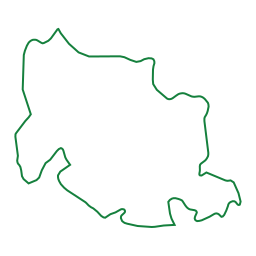 Carabobo, Mercator projection
{"feature_id": "VEN-33", "entity_name": "Carabobo", "entity_type": "State", "adm_level": 1, "iso_a3": "VEN", "parent_name": "Venezuela", "parent_adm1": "", "projection": "mercator", "projection_center": [-67.927, 10.207], "detail": "fine", "context": "isolated", "style": "outline", "palette": "green", "viewbox_px": 256, "rotation_deg": 0, "n_neighbors": 0, "source": "natural_earth", "source_scale": "10m", "svg_char_len": 2553}
<svg xmlns="http://www.w3.org/2000/svg" viewBox="0 0 256 256"><path d="M58.4,29.0L60.8,33.3L69.0,43.8L78.6,52.4L89.1,56.5L120.0,56.3L124.4,57.2L130.3,59.9L136.3,61.9L140.6,61.1L144.2,59.2L148.5,58.2L151.6,58.4L153.4,59.3L154.3,61.2L154.4,63.2L153.5,66.2L153.0,69.6L152.8,79.7L153.2,84.1L156.8,89.8L167.1,98.6L168.3,99.1L169.6,99.2L170.9,99.0L172.1,98.5L173.2,97.8L176.2,95.6L178.3,94.2L179.5,93.7L180.9,93.4L182.4,93.2L184.0,93.3L185.4,93.7L191.5,96.4L193.0,96.7L194.5,96.8L198.9,96.3L200.3,96.4L201.6,96.8L202.8,97.4L203.9,98.2L205.0,99.2L207.9,102.8L208.4,104.4L208.6,106.6L207.7,110.9L207.0,113.1L206.2,114.8L204.7,117.3L204.4,118.5L204.4,121.0L208.3,152.7L208.3,154.4L208.0,156.2L206.9,158.3L205.9,159.7L204.9,160.7L200.9,163.7L200.1,164.7L199.8,166.3L199.9,170.2L199.7,171.9L199.4,173.3L199.4,174.7L200.1,175.4L201.6,175.5L206.4,172.5L225.1,180.3L226.2,180.6L227.4,180.8L228.6,180.7L230.6,180.4L233.7,182.4L238.5,193.2L240.6,201.6L239.8,204.6L238.9,205.0L237.9,204.7L237.1,203.9L235.5,201.9L234.3,201.3L232.7,201.2L230.4,202.1L229.1,203.2L228.3,204.5L228.0,205.9L226.3,210.5L224.2,214.9L222.7,216.5L221.4,216.8L218.8,214.3L217.7,213.7L216.4,213.4L215.1,213.6L214.0,214.1L209.6,216.7L201.7,220.3L199.2,220.9L197.1,221.1L195.9,220.5L195.1,219.7L194.7,218.5L194.9,217.2L195.3,216.0L196.4,213.6L196.8,212.5L196.5,211.5L195.8,210.7L194.6,210.2L190.0,209.4L188.8,208.9L187.7,208.1L186.8,207.3L185.3,205.4L182.6,201.2L181.9,200.4L180.5,199.7L178.6,199.0L175.5,198.2L173.5,198.2L172.0,198.6L169.9,199.9L168.3,201.9L170.0,213.6L171.5,218.6L174.6,224.9L163.8,225.5L154.9,226.8L151.8,227.0L137.6,226.0L127.2,223.7L124.6,222.9L123.3,222.0L122.1,221.0L120.9,218.1L121.0,216.7L121.4,215.6L124.4,212.8L125.0,211.8L124.9,210.6L124.3,209.6L122.8,209.1L121.8,209.1L120.8,209.4L115.5,212.4L110.4,214.2L105.2,217.7L103.5,217.4L101.2,215.9L97.3,211.7L93.3,208.4L91.0,207.2L88.7,205.5L86.4,203.1L85.4,202.2L67.2,190.3L64.1,187.7L60.9,184.2L59.1,181.0L58.3,178.9L58.0,177.1L58.0,175.4L60.3,171.6L70.1,164.8L66.5,159.7L65.3,157.4L63.4,150.7L62.9,149.5L62.0,148.6L60.9,148.1L58.8,149.1L56.8,151.1L50.2,159.7L45.6,163.1L41.8,170.3L39.2,177.5L36.5,180.1L28.6,183.4L23.6,179.1L22.0,176.2L21.2,170.4L20.4,167.0L19.3,165.1L17.9,163.5L17.4,162.0L17.2,160.5L17.9,155.8L15.4,136.8L15.5,134.2L16.2,133.0L25.3,121.0L28.7,117.3L30.8,114.3L22.7,89.5L23.8,55.0L24.9,50.8L26.9,45.7L28.7,42.6L29.6,41.7L30.6,40.9L31.6,40.3L32.9,39.8L34.4,39.7L35.9,39.8L37.2,40.3L41.5,42.9L42.7,43.3L43.9,43.0L48.3,40.8L50.9,38.4L57.5,29.3L58.4,29.0Z" fill="none" stroke="#15803d" stroke-width="2"/></svg>